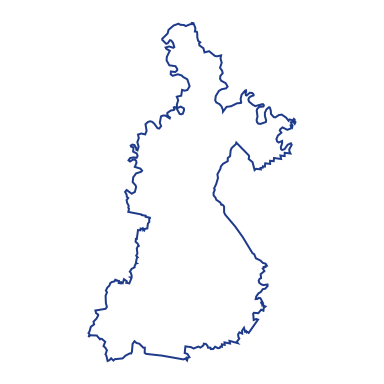 Isla, Veracruz, Mexico
{"feature_id": "50627088B66667085397963", "entity_name": "Isla", "entity_type": "district", "adm_level": 2, "iso_a3": "MEX", "parent_name": "Mexico", "parent_adm1": "Veracruz", "projection": "natural_earth1", "projection_center": [-95.557, 18.123], "detail": "fine", "context": "isolated", "style": "outline", "palette": "blue", "viewbox_px": 384, "rotation_deg": 0, "n_neighbors": 0, "source": "geoboundaries", "source_scale": "gbopen_adm2", "svg_char_len": 6025}
<svg xmlns="http://www.w3.org/2000/svg" viewBox="0 0 384 384"><path d="M294.6,119.5L293.9,118.9L293.2,120.3L289.4,119.5L288.5,120.7L286.1,117.6L281.7,114.6L278.8,115.1L275.3,117.4L273.8,117.1L271.0,114.0L270.8,110.6L269.8,107.5L269.1,107.2L266.5,109.3L264.9,112.6L264.9,116.0L266.1,120.2L265.9,122.0L260.5,123.9L258.2,123.6L257.0,122.1L256.6,120.0L257.5,116.6L256.7,110.5L257.2,108.9L259.3,106.9L263.4,106.5L263.9,105.3L263.1,104.2L262.1,104.2L255.4,106.1L253.1,105.0L249.1,101.7L248.4,99.7L248.9,97.9L250.5,96.5L253.6,95.4L253.5,94.3L252.4,93.1L249.9,92.7L246.6,95.5L245.9,95.2L245.5,93.2L246.2,91.8L246.0,90.3L245.1,90.6L241.6,94.7L240.6,99.0L241.2,102.5L240.9,103.0L237.0,103.3L231.2,106.2L226.5,106.9L223.0,111.7L222.9,109.9L221.4,106.2L219.3,104.0L216.3,102.5L215.2,100.3L215.8,96.0L218.9,90.9L221.8,89.2L226.0,88.4L227.6,86.6L225.6,83.1L221.3,80.8L220.1,78.9L220.3,76.0L222.7,73.2L222.1,70.7L220.0,67.8L221.7,62.8L220.5,58.4L221.1,55.4L217.1,56.3L215.0,56.0L209.1,51.2L204.5,52.4L203.4,48.2L199.4,45.4L199.1,43.4L200.2,42.3L198.2,40.9L197.3,37.6L197.2,32.8L196.8,31.7L194.9,31.5L195.4,28.1L193.4,23.1L192.1,23.0L192.5,24.1L190.3,24.2L185.7,26.1L184.2,25.1L180.0,24.7L178.6,23.7L173.6,25.5L168.6,29.8L167.6,33.5L162.3,38.7L162.2,39.8L166.2,43.8L167.7,43.3L169.9,40.2L171.2,40.5L173.0,42.8L174.3,47.1L173.3,47.8L169.2,46.5L165.6,47.5L166.3,48.8L169.8,50.8L166.8,56.9L166.6,60.4L169.3,65.3L175.5,66.2L177.3,69.2L177.1,70.4L175.3,72.0L170.9,71.5L170.7,74.3L172.7,75.8L177.8,74.3L181.8,75.5L183.0,76.9L187.3,79.3L189.6,86.2L187.4,90.0L184.4,90.7L182.1,89.9L181.2,95.7L176.8,96.7L178.2,100.2L176.8,104.7L177.2,108.2L180.7,106.6L183.9,108.4L184.0,110.4L182.8,113.7L181.1,114.3L179.6,113.9L176.3,107.9L174.8,107.0L173.8,107.4L174.4,109.5L173.9,110.0L170.9,110.5L167.4,112.8L167.3,114.3L168.3,116.3L170.0,117.5L169.7,118.4L165.2,115.5L163.1,115.5L161.0,116.4L159.8,122.8L161.1,126.1L159.3,128.5L157.5,128.2L154.4,123.8L152.1,121.8L150.1,121.3L147.9,122.0L145.5,124.2L146.6,130.8L145.2,134.4L141.3,133.5L138.0,134.6L138.8,138.2L137.3,142.1L138.6,146.6L137.5,150.4L136.4,149.9L136.0,147.7L134.4,145.0L132.3,144.6L130.7,145.6L131.1,146.7L133.5,147.3L133.1,151.6L136.8,153.5L137.6,155.9L136.7,157.8L133.6,157.4L130.2,158.0L128.5,160.3L130.0,161.5L132.8,159.7L135.1,159.7L136.1,160.8L136.5,162.8L134.8,166.9L140.4,168.6L142.1,170.7L141.1,171.8L136.1,173.4L133.2,177.3L132.7,182.1L135.6,185.4L136.1,187.0L134.9,191.9L131.7,193.7L126.6,190.0L125.1,191.9L126.5,194.3L126.9,196.9L128.2,198.0L126.6,200.1L127.1,202.7L128.7,205.8L128.3,207.7L129.0,208.7L128.3,211.9L141.7,214.5L142.0,214.0L141.9,215.1L145.7,215.7L145.6,216.8L149.9,217.7L150.0,218.1L149.2,218.8L149.3,221.8L147.9,223.7L147.3,228.4L144.5,229.0L144.3,230.0L143.6,229.1L143.1,229.9L142.6,228.3L141.7,229.0L140.6,228.6L140.4,230.3L138.0,230.1L136.8,239.0L135.9,238.9L135.6,241.8L137.5,243.4L138.8,245.9L137.7,246.5L136.8,248.6L137.4,253.5L136.2,255.7L137.6,257.3L137.0,257.6L136.3,260.4L135.9,262.9L136.6,263.3L135.8,263.5L134.5,266.4L134.6,267.3L131.7,268.8L129.8,271.7L130.7,272.5L131.7,275.7L131.5,277.3L130.6,277.4L131.5,278.0L129.3,283.4L126.3,282.8L126.8,281.3L124.0,279.2L122.7,283.2L121.2,282.6L120.9,281.3L120.8,283.4L118.7,283.0L118.9,280.9L115.9,280.6L116.3,280.1L115.3,279.7L114.4,281.4L111.6,282.1L110.1,283.4L109.5,285.5L107.4,287.5L105.9,290.5L107.0,292.3L105.6,295.7L105.9,303.2L106.9,306.9L105.6,308.8L95.4,310.5L96.2,313.3L98.1,314.5L98.2,315.4L96.5,318.6L93.5,321.7L94.1,324.4L90.8,326.8L89.5,331.5L88.5,333.1L89.6,334.5L88.5,337.0L90.2,335.3L96.7,335.5L100.0,339.3L100.7,338.7L102.0,339.0L105.2,341.8L103.5,346.1L105.4,347.8L106.9,350.3L105.5,354.4L106.3,355.5L107.6,361.0L109.4,360.2L111.1,358.3L113.4,360.5L114.8,359.2L122.6,358.4L125.7,355.5L129.8,353.4L131.1,353.5L131.9,351.9L132.6,343.9L134.5,341.2L136.5,343.0L139.3,343.7L143.3,347.7L144.8,347.7L144.7,352.9L146.2,353.9L161.8,355.6L183.4,359.4L185.4,358.6L186.3,359.6L186.5,358.5L187.2,359.7L187.5,357.9L189.4,357.3L187.5,354.0L184.7,353.0L185.4,346.4L190.9,347.1L193.6,348.5L198.3,346.6L200.5,347.6L203.4,345.4L203.8,343.7L205.8,343.9L207.5,345.8L208.0,347.7L210.4,347.7L210.8,349.1L213.3,348.9L215.1,346.7L217.9,348.2L219.7,347.9L220.5,346.5L221.9,346.8L221.9,344.3L224.7,344.9L224.5,342.4L230.0,343.5L229.5,340.9L237.7,343.1L236.7,341.9L239.3,338.6L238.4,337.0L238.1,334.4L239.4,332.3L242.2,333.6L242.1,330.6L244.0,327.8L245.1,331.7L246.1,331.1L246.7,332.4L247.4,331.9L248.7,332.9L258.0,319.6L256.1,319.0L253.7,320.0L253.2,313.6L253.9,312.8L258.3,313.2L261.2,309.7L263.4,310.7L263.9,306.1L264.6,307.2L265.4,306.5L263.4,305.7L263.1,303.8L263.0,305.5L262.3,305.5L262.3,303.4L261.5,303.4L261.2,302.7L262.7,302.6L260.4,298.2L258.6,297.9L257.5,298.9L255.7,299.1L256.3,296.4L258.4,293.4L260.9,291.9L262.7,289.2L265.2,288.7L267.6,286.0L267.5,284.5L263.3,285.1L261.2,284.3L259.2,282.7L258.7,280.7L259.5,278.9L261.1,278.1L260.6,274.2L264.4,271.1L262.8,268.5L263.6,268.2L263.6,267.0L265.5,267.0L265.5,266.1L266.9,265.7L265.6,263.7L262.7,262.8L260.6,260.6L255.9,258.3L254.2,254.2L252.5,253.2L242.6,236.9L235.1,226.4L225.2,214.7L224.1,212.3L224.1,206.8L223.4,205.5L222.4,204.7L221.3,204.8L220.3,202.5L216.3,199.8L215.4,197.5L213.7,195.6L213.5,193.1L214.8,189.7L214.1,188.4L216.1,184.3L218.0,178.0L217.4,174.3L220.4,168.8L220.8,166.6L222.9,163.9L227.8,161.1L227.7,158.1L230.1,156.1L230.6,150.6L231.6,148.1L235.9,144.1L236.3,142.6L248.7,155.3L249.1,156.2L248.7,159.0L252.5,162.1L254.6,170.1L256.1,168.8L260.8,169.4L260.5,168.0L262.8,167.6L262.9,166.3L264.9,166.6L265.2,163.3L270.1,163.9L270.1,160.8L273.7,161.2L274.0,158.0L281.1,159.0L280.4,155.5L284.6,156.1L284.7,152.8L290.4,153.5L289.4,151.3L289.3,149.2L291.7,144.9L290.9,143.3L287.6,144.8L284.6,149.1L282.1,150.0L281.1,149.2L280.8,147.3L282.1,143.3L282.1,141.0L278.7,142.5L277.2,141.5L276.4,139.0L277.9,135.6L281.4,132.7L279.8,130.5L280.2,129.4L282.5,127.4L287.3,129.8L290.8,128.5L291.3,127.5L290.3,124.5L292.2,127.2L292.5,125.6L290.8,122.3L293.2,121.7L294.7,123.8L295.5,122.1L294.3,120.3L294.6,119.5Z" fill="none" stroke="#1e3a8a" stroke-width="2"/></svg>